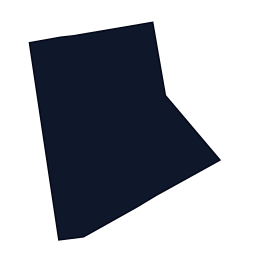 the district of Hood, Texas, United States of America, rotated 261°
{"feature_id": "52423323B45355972710900", "entity_name": "Hood", "entity_type": "district", "adm_level": 2, "iso_a3": "USA", "parent_name": "United States of America", "parent_adm1": "Texas", "projection": "robinson", "projection_center": [-97.864, 32.396], "detail": "fine", "context": "isolated", "style": "filled", "palette": "ink", "viewbox_px": 256, "rotation_deg": 261, "n_neighbors": 0, "source": "geoboundaries", "source_scale": "gbopen_adm2", "svg_char_len": 302}
<svg xmlns="http://www.w3.org/2000/svg" viewBox="0 0 256 256"><g transform="rotate(261 128 128)"><path d="M28.3,42.2L27.5,67.1L48.8,124.8L57.3,145.8L79.9,208.1L82.0,213.8L154.2,170.0L228.5,168.9L227.6,88.2L228.2,75.7L227.6,44.0L28.3,42.2Z" fill="#0f172a" stroke="#020617" stroke-width="1.5"/></g></svg>